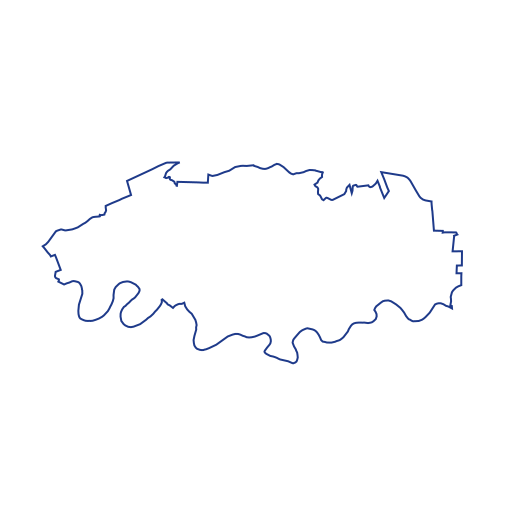 outline of Culciu, Satu Mare, Romania, rotated 159°
{"feature_id": "2599482B46211160445455", "entity_name": "Culciu", "entity_type": "district", "adm_level": 2, "iso_a3": "ROU", "parent_name": "Romania", "parent_adm1": "Satu Mare", "projection": "equal_earth", "projection_center": [23.072, 47.736], "detail": "fine", "context": "isolated", "style": "outline", "palette": "blue", "viewbox_px": 512, "rotation_deg": 159, "n_neighbors": 0, "source": "geoboundaries", "source_scale": "gbopen_adm2", "svg_char_len": 6114}
<svg xmlns="http://www.w3.org/2000/svg" viewBox="0 0 512 512"><g transform="rotate(159 256 256)"><path d="M306.6,375.2L314.9,374.9L321.8,374.2L349.5,372.3L350.8,357.7L360.6,357.5L363.4,357.2L371.5,357.0L378.4,356.6L378.7,355.7L378.9,355.3L379.6,352.3L380.6,351.1L381.9,350.2L382.7,349.0L385.2,349.4L386.6,350.0L387.1,350.4L387.4,350.0L387.6,349.0L387.9,349.0L392.4,350.3L394.2,350.7L395.3,350.7L397.9,350.1L400.7,349.0L403.4,348.2L405.9,347.9L412.1,346.6L414.8,346.6L418.0,346.7L424.2,348.0L425.2,348.4L428.1,350.5L428.6,350.7L432.7,350.9L433.5,350.7L433.9,350.8L445.0,343.6L448.0,342.2L451.6,341.5L450.6,338.7L449.2,334.0L448.2,331.5L447.8,330.3L447.7,329.1L443.3,329.1L443.2,326.6L443.3,313.0L448.7,313.0L450.8,309.5L451.0,308.7L450.9,307.8L450.5,306.9L448.4,304.9L448.4,304.7L448.7,304.1L449.0,303.5L449.7,302.9L445.4,298.2L442.4,298.3L439.7,298.1L436.8,298.3L435.3,298.0L433.9,297.2L431.5,295.5L430.7,294.5L430.3,293.4L429.9,291.0L429.9,290.1L430.2,287.9L430.5,287.1L430.5,286.2L431.7,282.9L438.7,274.1L441.5,268.5L442.5,265.4L442.8,263.4L442.8,261.8L442.4,260.6L441.5,259.5L439.8,257.8L438.3,256.6L436.4,255.7L434.1,254.9L433.9,254.7L431.7,254.1L428.7,253.9L425.1,253.9L421.5,254.4L419.2,255.1L414.1,257.6L411.6,259.6L410.4,260.8L408.4,262.5L405.9,265.1L404.1,267.6L403.0,270.6L400.4,275.4L398.1,277.3L394.6,278.8L393.2,279.3L391.3,279.4L389.4,279.4L385.5,278.5L383.9,277.7L382.1,276.3L378.5,272.3L378.0,271.0L377.3,269.7L376.9,268.2L376.6,267.0L376.9,265.8L377.6,264.8L379.0,263.5L383.7,260.7L385.5,260.1L387.2,259.8L389.2,259.0L391.0,258.1L393.9,257.1L395.7,256.2L397.6,255.8L400.1,254.1L402.0,252.2L403.1,250.6L404.2,247.9L405.0,243.6L404.0,239.9L402.9,238.0L400.7,235.7L398.3,234.4L395.6,233.9L388.6,233.9L381.3,235.9L379.1,236.8L376.2,237.4L372.7,238.8L370.1,240.3L367.8,241.3L363.7,243.7L362.1,244.9L360.5,246.5L360.1,247.7L359.8,248.9L358.9,249.1L356.0,243.6L356.0,243.1L355.9,242.8L355.5,242.1L354.3,240.9L352.1,237.3L349.9,238.4L348.6,238.7L346.2,238.9L344.8,238.8L342.5,237.9L339.7,238.1L340.1,234.4L339.4,230.8L338.2,227.8L336.7,225.1L335.5,218.1L335.7,215.5L336.2,212.8L337.5,210.8L338.2,208.7L342.1,203.5L344.4,199.9L345.2,197.0L345.6,194.5L345.1,192.1L344.3,190.5L342.0,188.5L340.4,187.6L338.6,187.0L337.9,187.1L336.2,186.8L332.8,186.8L324.9,187.4L311.2,191.0L306.0,191.0L303.3,190.7L300.6,189.6L298.8,188.2L296.9,186.2L295.3,185.0L293.8,183.5L291.6,182.4L289.2,181.7L286.0,181.2L283.3,181.2L276.7,181.4L275.0,180.7L273.8,179.7L272.1,176.7L271.9,175.4L272.0,173.9L272.2,172.6L272.7,171.1L273.9,169.3L275.1,168.4L278.5,166.5L281.6,164.5L282.3,163.8L282.4,162.9L281.9,161.7L281.3,160.8L278.5,157.6L276.0,156.0L274.3,154.6L272.9,153.3L271.8,152.0L270.6,150.8L263.7,146.2L260.8,143.3L259.8,142.5L257.5,142.5L256.0,143.0L254.7,144.4L253.4,146.3L252.7,148.8L252.2,151.1L252.4,153.4L252.3,154.4L252.9,158.0L252.9,161.9L252.1,163.2L251.1,164.5L249.7,165.4L246.4,167.2L242.4,169.3L240.0,170.0L238.4,170.2L235.4,170.3L233.9,170.1L229.5,167.2L228.3,166.1L227.3,164.8L226.4,162.8L225.7,159.9L225.4,157.2L225.3,154.1L224.4,152.2L222.4,151.0L220.8,149.8L218.6,148.9L216.5,148.1L212.9,147.6L211.3,147.7L208.9,147.5L207.4,147.6L205.0,148.3L203.4,148.9L197.3,152.6L195.6,154.4L192.4,156.8L190.6,157.7L188.6,158.0L186.7,157.8L183.6,156.9L180.2,155.5L178.9,155.1L175.4,153.2L172.8,152.7L171.5,152.6L169.7,153.0L166.8,154.2L165.0,156.4L164.3,158.6L164.4,161.1L164.9,163.2L163.5,164.7L161.8,165.9L156.2,167.7L153.8,168.3L151.7,168.1L148.4,167.1L146.1,165.3L143.9,162.4L142.5,160.5L139.8,155.8L138.9,153.2L138.0,150.1L137.4,146.1L136.5,143.2L136.0,142.2L134.9,141.2L133.9,139.8L132.8,138.8L130.8,138.1L127.3,137.0L123.9,137.0L122.0,137.4L119.7,138.2L114.4,140.7L113.2,141.5L106.2,146.6L104.2,146.7L102.3,146.4L100.4,145.6L98.3,143.8L96.4,141.3L95.0,140.3L93.7,139.0L91.8,136.8L91.1,139.2L92.3,140.2L90.1,143.8L89.3,146.3L88.9,148.0L86.1,151.9L84.6,153.0L83.4,153.6L80.6,154.8L77.9,155.2L74.8,155.2L71.7,163.3L70.4,166.3L75.0,168.0L71.9,175.1L67.2,173.4L62.0,186.6L70.8,189.9L64.0,203.3L63.9,203.9L60.4,203.9L60.6,204.5L60.6,205.8L60.7,206.2L60.9,206.4L71.4,210.5L73.3,210.9L72.9,211.6L72.6,212.5L80.8,215.9L75.2,234.9L75.1,235.7L73.5,241.4L72.7,243.8L72.6,244.0L77.6,247.0L78.4,247.6L79.9,248.9L81.5,251.4L82.1,253.2L83.3,260.0L84.9,270.5L85.4,272.3L86.2,274.3L86.9,275.4L88.5,277.1L90.0,278.3L109.0,289.4L108.9,285.5L108.8,281.9L108.9,272.8L108.7,269.0L115.5,264.2L115.7,275.4L115.5,276.4L115.6,282.7L117.9,280.9L118.9,280.4L122.4,279.1L124.3,279.2L124.9,279.5L125.6,280.5L125.8,281.1L125.8,281.7L136.4,284.3L136.6,284.5L136.8,286.0L137.0,286.4L137.3,286.6L139.9,286.8L140.4,286.6L140.8,286.2L142.5,282.4L144.1,280.3L143.2,288.9L146.6,287.3L147.8,285.9L148.6,284.3L151.4,282.1L164.3,280.9L165.2,281.2L165.8,281.6L168.4,284.5L169.4,285.2L169.7,285.2L171.6,284.5L172.9,283.9L173.9,285.1L174.1,285.6L174.2,287.2L174.5,289.4L174.8,290.0L175.7,291.3L175.8,291.7L175.2,293.6L173.9,296.3L173.9,296.8L174.0,297.8L174.3,298.4L175.4,299.7L175.7,300.6L175.8,301.7L172.2,302.5L171.5,303.4L170.4,304.4L168.6,305.4L166.0,306.1L165.5,307.7L164.8,308.9L163.7,310.1L163.8,310.2L164.0,310.5L165.5,311.2L168.7,313.6L169.4,314.0L170.0,314.7L172.8,316.1L175.2,317.1L178.8,317.4L181.5,317.2L186.3,317.9L188.5,318.8L192.0,318.9L193.5,320.1L194.1,320.8L194.7,321.9L194.9,321.9L198.4,329.1L201.2,332.9L202.0,333.6L203.7,334.6L204.2,334.5L206.2,334.5L209.3,333.9L211.1,333.9L213.0,333.7L215.1,333.8L216.5,334.1L218.4,335.0L220.7,336.6L222.5,338.5L225.6,340.9L225.8,341.2L225.8,341.6L232.4,343.4L235.4,344.7L237.6,345.5L242.9,346.4L243.7,346.5L250.5,345.2L255.5,345.6L263.0,345.5L267.9,346.3L268.9,347.0L271.3,349.1L274.7,341.7L279.5,343.6L284.0,345.6L302.8,353.4L304.7,349.9L305.0,350.1L304.9,350.9L305.2,351.8L305.8,352.9L305.8,353.3L305.6,353.9L305.7,354.7L307.0,356.5L307.4,357.0L308.2,357.5L308.8,358.3L308.7,359.6L308.3,360.1L308.2,360.3L308.3,360.7L309.0,361.1L309.3,361.1L310.0,360.7L311.9,360.9L312.2,361.1L312.5,361.7L313.3,362.3L312.2,363.2L310.3,365.6L309.0,366.5L308.6,366.6L307.9,367.0L305.0,367.6L302.1,369.0L300.4,369.8L296.0,370.6L293.7,370.7L305.4,375.0L306.6,375.2Z" fill="none" stroke="#1e3a8a" stroke-width="2"/></g></svg>